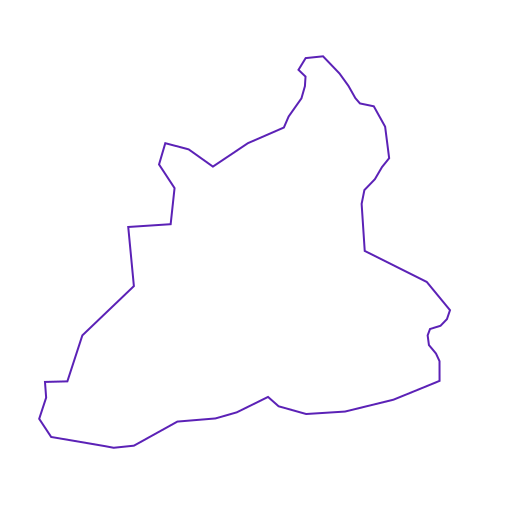 an SVG outline of Plavinu, rotated 6°
{"feature_id": "LVA-5728", "entity_name": "Plavinu", "entity_type": "Municipality", "adm_level": 1, "iso_a3": "LVA", "parent_name": "Latvia", "parent_adm1": "", "projection": "orthographic", "projection_center": [25.741, 56.702], "detail": "fine", "context": "isolated", "style": "outline", "palette": "violet", "viewbox_px": 512, "rotation_deg": 6, "n_neighbors": 0, "source": "natural_earth", "source_scale": "10m", "svg_char_len": 830}
<svg xmlns="http://www.w3.org/2000/svg" viewBox="0 0 512 512"><g transform="rotate(6 256 256)"><path d="M301.8,50.4L320.0,65.8L330.1,77.1L338.3,88.6L343.4,93.4L357.5,94.8L370.9,113.9L378.2,144.8L372.0,154.4L366.2,167.2L356.9,179.1L355.6,193.1L363.6,239.6L428.6,264.0L454.6,289.6L452.5,298.8L446.8,306.1L436.7,310.4L435.0,317.0L437.3,326.5L445.2,334.2L449.5,341.4L451.6,361.0L407.8,384.5L360.8,401.4L322.4,407.9L294.2,403.1L282.7,394.9L253.2,413.5L232.6,421.8L195.1,428.9L154.4,457.4L134.5,461.6L125.9,460.9L71.2,457.4L57.4,440.6L62.1,418.8L59.3,403.3L81.5,400.4L91.6,353.1L137.7,298.7L125.9,240.5L167.8,233.3L167.9,197.0L150.0,175.1L154.0,153.3L177.9,157.0L203.8,171.6L236.2,144.6L270.3,125.3L273.9,113.8L284.7,94.5L286.9,82.0L286.5,72.4L278.8,66.4L284.7,54.0L301.8,50.4Z" fill="none" stroke="#5b21b6" stroke-width="2"/></g></svg>